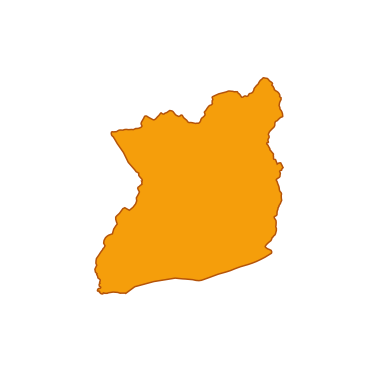 Sopbao, Houaphan, Laos (Mercator projection), rotated 307°
{"feature_id": "54806243B20736296010663", "entity_name": "Sopbao", "entity_type": "district", "adm_level": 2, "iso_a3": "LAO", "parent_name": "Laos", "parent_adm1": "Houaphan", "projection": "mercator", "projection_center": [104.423, 20.651], "detail": "fine", "context": "isolated", "style": "filled", "palette": "amber", "viewbox_px": 384, "rotation_deg": 307, "n_neighbors": 0, "source": "geoboundaries", "source_scale": "gbopen_adm2", "svg_char_len": 6051}
<svg xmlns="http://www.w3.org/2000/svg" viewBox="0 0 384 384"><g transform="rotate(307 192 192)"><path d="M190.9,292.3L192.1,291.8L193.0,290.4L192.6,288.2L192.1,286.4L192.1,284.0L192.6,283.2L193.7,283.1L194.9,283.1L197.6,283.5L200.7,284.3L202.5,283.9L203.6,283.5L204.3,283.7L206.3,283.7L207.1,284.0L207.9,284.0L208.9,283.8L209.9,283.4L212.1,282.5L213.0,281.8L213.5,281.5L214.7,279.8L215.1,279.5L215.9,279.2L218.1,277.7L218.8,277.1L219.6,276.4L220.0,275.6L220.7,273.6L221.4,272.7L221.7,272.6L222.3,272.8L223.6,273.4L224.4,273.6L224.8,273.5L225.4,273.3L226.1,272.7L227.9,271.6L230.2,270.9L230.9,270.4L231.4,270.2L232.1,270.2L232.9,270.1L233.4,269.7L234.3,269.6L236.0,269.5L237.2,269.1L239.1,268.7L239.5,268.5L240.0,267.9L240.9,267.0L243.0,265.3L244.3,264.7L244.8,264.1L245.2,263.2L245.3,262.3L245.7,261.3L246.4,260.4L247.6,259.3L248.8,257.9L250.4,255.2L251.3,254.1L252.2,252.1L252.5,251.9L253.2,251.9L254.0,252.1L256.3,252.9L257.3,252.9L258.7,252.0L260.0,251.4L260.6,250.6L260.8,249.9L261.1,249.6L261.6,249.5L262.3,249.6L263.2,250.4L263.5,250.4L264.6,249.9L265.7,250.0L266.0,250.1L266.3,250.1L266.5,249.9L266.6,249.2L267.5,247.8L267.9,246.7L268.6,245.6L268.6,245.3L268.4,244.9L267.5,244.0L266.6,243.5L265.9,243.3L265.6,243.2L266.2,242.4L266.8,241.3L268.0,239.5L268.0,238.6L267.4,237.8L267.5,237.3L268.0,236.7L269.0,236.1L269.9,235.1L270.9,234.5L271.4,234.1L271.9,231.9L272.1,231.0L272.5,229.6L272.5,228.9L272.7,228.6L273.2,228.4L273.6,227.8L274.2,226.3L274.9,224.9L275.2,224.1L275.4,222.7L275.7,222.5L276.3,222.3L276.7,222.3L277.3,223.1L277.7,223.1L278.2,222.6L278.9,221.5L279.9,221.0L280.8,220.9L281.8,220.8L282.5,220.4L283.2,219.6L283.7,218.5L284.4,218.1L285.6,217.8L286.9,217.6L288.5,217.7L290.1,218.0L291.2,218.0L292.1,218.3L293.3,218.4L294.5,218.2L295.2,217.9L296.9,216.7L297.7,216.4L298.2,216.3L298.9,216.4L300.4,217.2L302.3,217.3L303.3,217.6L304.3,217.7L305.1,218.0L306.1,218.7L306.7,219.0L307.1,218.9L309.0,217.1L310.1,215.5L310.7,214.2L311.0,213.0L311.5,212.0L312.4,211.3L313.0,210.2L313.6,209.4L314.5,209.0L315.6,208.4L317.0,207.9L319.4,207.5L320.2,206.9L320.9,206.4L320.9,204.8L321.1,204.4L322.2,203.9L323.0,202.3L323.4,200.8L323.4,199.0L323.2,197.8L323.3,197.1L323.3,196.6L323.2,196.3L323.3,196.0L323.7,195.7L324.2,195.2L324.4,194.8L324.6,194.0L325.0,193.6L325.2,193.1L325.3,191.6L325.8,191.3L326.5,191.2L327.1,191.0L327.4,190.4L327.5,189.1L327.4,186.9L327.7,186.0L328.0,184.5L328.0,183.8L327.6,183.0L327.2,182.3L326.8,181.5L326.4,180.5L325.9,180.1L324.3,179.9L323.3,179.7L322.7,179.4L320.9,179.4L319.2,179.6L318.5,179.8L317.6,179.8L316.3,179.5L315.3,179.4L314.1,179.4L312.8,179.3L311.8,179.4L310.9,179.9L310.0,180.2L308.6,180.4L307.7,180.3L306.6,179.9L305.2,178.7L304.8,178.6L303.8,178.6L303.4,178.8L302.7,178.9L302.2,178.8L301.6,178.5L301.2,178.0L301.0,177.3L300.7,176.6L300.2,176.2L299.3,175.8L298.5,175.6L298.1,175.3L297.7,174.9L297.6,174.5L297.9,173.5L298.4,172.4L298.8,170.8L298.7,169.7L298.9,169.0L299.2,168.3L299.3,168.0L299.3,167.7L299.0,167.4L298.4,166.5L297.6,165.6L296.8,163.7L296.1,162.7L295.6,161.8L294.8,160.6L293.9,159.9L292.8,159.3L290.0,157.1L286.5,154.3L282.9,152.3L280.3,151.0L279.6,151.2L279.0,152.2L278.2,153.1L277.0,153.2L275.1,154.6L274.8,155.2L274.1,155.2L273.0,154.9L271.9,154.1L270.6,153.7L268.1,153.7L265.7,153.9L263.6,153.8L263.2,153.8L262.2,155.3L261.4,156.0L260.5,156.1L258.8,155.9L257.6,155.5L256.6,155.3L255.2,155.5L254.1,156.0L253.0,156.2L252.0,156.2L250.9,155.9L249.7,154.3L248.9,153.6L248.1,151.9L247.4,150.3L246.7,149.1L246.0,148.3L245.5,147.4L245.5,146.4L246.1,144.7L246.3,140.9L246.8,139.3L247.3,138.3L247.3,137.6L246.8,136.9L245.6,136.7L244.4,136.0L244.1,135.0L243.8,133.3L243.8,132.2L244.8,128.5L244.7,127.2L243.7,125.2L242.7,124.8L240.6,124.2L238.3,122.8L237.6,122.8L237.0,122.3L236.6,121.1L236.6,119.7L236.1,119.5L233.1,119.5L231.4,119.2L228.7,119.0L227.4,118.6L226.6,118.1L226.3,117.4L225.5,112.5L225.4,111.0L225.3,110.0L224.9,109.3L223.9,108.6L222.0,109.0L217.5,109.6L216.2,110.0L215.5,110.7L214.9,112.0L214.5,112.4L213.8,112.5L212.9,112.3L211.2,111.4L209.9,110.2L208.8,108.8L207.6,108.2L206.5,107.6L205.5,106.0L204.6,105.0L203.5,103.7L202.5,101.9L201.8,101.1L201.1,100.4L199.8,99.6L199.1,98.5L198.0,97.0L197.1,96.3L194.8,95.4L194.1,94.6L192.7,93.1L192.3,92.3L191.8,91.8L191.3,91.7L190.6,92.0L190.0,92.4L189.1,93.5L188.8,94.3L188.6,96.3L188.4,96.5L187.7,98.4L185.7,103.1L182.3,113.5L177.3,123.3L175.3,132.8L174.6,135.1L175.0,138.1L173.4,139.3L173.1,139.8L172.7,141.1L172.4,142.6L172.1,144.1L171.8,144.7L171.5,145.2L171.1,145.4L170.5,145.5L170.3,145.2L169.7,146.2L168.8,146.6L168.0,147.4L166.1,146.7L164.9,146.6L163.5,146.1L162.4,146.3L161.5,147.6L160.4,150.0L158.2,150.5L153.8,151.1L151.6,153.2L148.6,154.1L144.5,154.1L139.7,153.0L139.0,147.8L137.1,146.8L131.4,146.9L129.6,146.6L127.5,146.2L126.0,146.2L124.3,147.5L122.8,149.5L121.4,151.6L119.2,151.5L115.3,151.8L110.7,153.6L107.3,151.4L105.6,150.8L103.5,150.4L100.4,150.9L98.0,152.2L96.7,154.9L94.7,155.3L93.3,155.0L92.3,155.3L89.0,155.3L84.8,155.6L81.4,155.7L79.4,156.7L77.3,158.1L76.2,160.0L74.3,160.4L71.9,160.9L69.9,163.1L69.5,165.3L69.2,165.2L68.9,165.4L68.6,165.7L68.4,166.4L68.3,166.8L67.7,167.5L66.9,168.5L66.7,169.0L66.8,169.9L66.7,171.1L66.6,171.4L66.5,171.7L65.6,172.2L64.2,172.6L64.1,172.8L63.8,173.4L63.7,173.5L63.1,173.3L62.7,173.3L62.4,173.4L62.0,173.7L61.2,174.4L61.1,174.6L61.0,174.9L61.0,175.2L61.2,175.7L61.1,176.3L60.8,176.6L60.5,176.7L60.0,176.7L59.6,176.5L59.1,175.8L58.9,175.6L58.4,175.4L57.9,175.3L57.2,175.4L56.5,175.7L56.2,176.0L56.2,176.6L56.9,177.5L56.9,177.8L56.9,178.1L56.7,178.3L56.3,178.4L56.3,178.9L56.0,180.0L56.3,181.2L56.7,181.8L57.0,182.1L57.4,182.1L57.8,181.9L58.0,181.9L58.2,182.1L58.4,182.4L58.5,183.2L59.9,185.1L61.4,186.1L64.6,189.2L67.1,193.1L67.9,195.4L71.1,199.6L71.1,200.1L81.9,203.3L97.5,215.4L113.1,230.4L116.8,236.5L118.6,239.2L122.4,245.3L123.8,248.4L125.4,250.9L127.1,252.6L129.3,254.1L132.5,256.2L142.3,262.5L148.7,267.4L152.4,270.0L156.6,272.5L161.4,275.6L167.8,280.4L171.3,282.8L175.2,285.2L179.8,287.6L183.8,289.5L190.9,292.3Z" fill="#f59e0b" stroke="#b45309" stroke-width="1.5"/></g></svg>